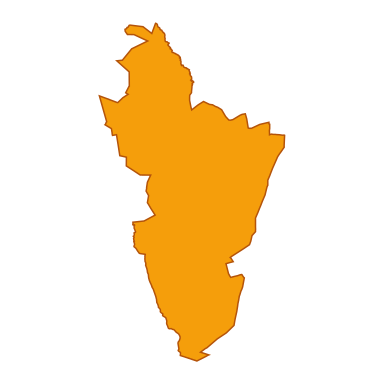 the district of Insiza, Matabeleland South, Zimbabwe
{"feature_id": "62879985B6112756891378", "entity_name": "Insiza", "entity_type": "district", "adm_level": 2, "iso_a3": "ZWE", "parent_name": "Zimbabwe", "parent_adm1": "Matabeleland South", "projection": "mercator", "projection_center": [29.319, -20.268], "detail": "fine", "context": "isolated", "style": "filled", "palette": "amber", "viewbox_px": 384, "rotation_deg": 0, "n_neighbors": 0, "source": "geoboundaries", "source_scale": "gbopen_adm2", "svg_char_len": 5701}
<svg xmlns="http://www.w3.org/2000/svg" viewBox="0 0 384 384"><path d="M105.1,124.8L108.2,126.7L108.4,126.8L111.4,128.6L112.2,133.4L112.1,133.7L112.5,135.4L116.5,134.7L118.1,144.7L119.8,155.7L125.2,156.9L126.4,157.2L126.3,165.9L140.2,175.0L150.7,175.1L147.4,182.2L146.6,187.5L146.7,188.0L146.1,191.1L148.6,195.6L147.4,202.7L148.2,203.9L150.9,208.5L155.1,215.1L144.1,221.0L132.9,222.2L133.0,223.6L132.8,224.4L133.1,225.0L133.5,225.0L133.8,224.7L134.4,224.8L134.6,225.0L134.5,225.5L134.1,226.0L134.2,228.4L134.9,229.9L134.9,230.0L135.2,230.8L135.6,231.8L135.5,232.2L135.2,232.5L134.5,232.6L134.2,232.7L134.1,233.1L134.3,234.2L134.2,235.1L134.0,235.8L133.8,236.0L133.3,236.3L133.4,236.5L133.7,236.7L133.9,237.0L134.1,237.6L133.6,238.3L133.6,238.8L133.8,239.7L134.3,241.1L133.8,241.2L133.8,241.5L134.4,243.3L134.6,244.2L134.5,244.9L134.0,246.1L134.0,246.6L134.1,246.8L134.8,247.3L136.0,248.4L137.6,251.0L139.3,253.3L140.3,253.6L145.2,254.3L145.3,254.5L145.0,255.5L144.9,256.0L145.0,257.5L144.9,258.2L144.9,259.1L145.1,261.6L145.2,261.8L145.5,262.1L145.9,264.1L145.6,265.1L145.8,265.7L145.9,266.0L146.8,268.5L146.9,269.0L147.3,270.7L147.4,272.1L148.0,273.7L148.3,274.1L148.4,275.1L148.5,276.5L148.7,278.0L149.4,280.5L150.2,282.5L151.1,284.4L152.0,286.6L151.9,286.8L152.5,287.9L153.2,289.0L155.8,296.5L156.5,299.3L156.8,302.4L157.9,304.6L158.5,306.9L158.4,307.2L159.8,308.8L160.3,309.5L160.4,310.3L160.3,311.6L160.4,311.9L161.3,312.8L162.8,313.9L162.8,314.3L162.6,315.1L162.6,315.3L163.0,316.0L165.1,317.2L165.4,317.5L165.6,317.6L165.8,317.8L166.8,320.9L166.7,322.1L166.6,323.2L166.8,324.2L167.4,325.5L168.2,327.7L168.3,328.0L168.6,328.4L169.2,328.7L170.1,328.8L170.9,328.6L171.3,328.6L172.3,329.3L173.8,329.6L174.4,330.1L175.5,331.4L176.3,332.3L177.7,333.2L178.7,334.0L179.0,334.5L179.1,334.8L179.4,335.1L180.1,336.9L180.1,337.9L180.0,338.6L179.9,339.0L179.7,339.3L179.4,340.5L178.3,341.9L178.0,343.0L178.0,343.3L178.1,344.1L178.8,348.4L178.9,349.0L178.2,350.3L178.2,350.5L178.5,351.0L180.1,352.2L180.5,352.8L180.5,353.2L180.4,354.2L180.3,355.5L196.9,361.0L206.5,356.1L207.8,355.3L208.8,354.9L200.5,352.2L205.3,348.6L206.9,347.8L217.4,338.8L226.3,332.9L234.0,325.4L235.0,319.6L235.7,316.3L236.7,311.9L237.6,306.2L237.9,303.7L238.6,300.4L239.3,296.2L239.8,294.9L240.9,291.2L241.8,289.3L242.6,287.0L244.3,277.9L243.6,277.2L242.7,275.9L241.9,274.6L241.6,274.5L240.1,274.8L237.6,275.7L234.1,276.5L230.7,277.4L229.7,275.8L228.5,273.6L226.0,263.7L229.7,262.6L233.2,261.7L231.1,258.4L230.2,257.5L231.9,256.2L242.8,249.2L249.5,244.7L250.8,241.1L252.0,235.6L255.5,231.7L255.5,229.9L255.6,229.4L255.5,227.2L255.5,218.0L257.8,212.7L259.6,208.1L259.7,207.9L260.6,205.8L262.3,201.4L265.0,195.1L266.9,187.3L267.3,186.2L267.8,185.3L267.8,180.2L269.8,175.5L270.3,174.1L272.6,168.2L276.1,160.3L277.6,156.8L279.4,154.0L281.1,151.7L284.2,147.2L284.1,146.0L284.6,135.3L284.2,135.1L282.6,135.2L279.0,134.7L276.7,134.6L275.3,134.4L273.3,134.4L271.3,134.1L269.5,134.8L269.5,133.4L269.4,130.6L269.7,128.6L269.7,124.2L269.0,123.9L268.9,122.3L259.9,124.4L259.4,124.6L252.6,127.8L251.5,128.3L249.2,128.3L248.3,128.1L248.1,127.4L246.7,118.8L245.3,113.8L242.0,114.4L240.0,115.3L232.9,119.6L230.4,120.2L228.8,120.0L225.6,116.5L221.6,109.7L217.7,107.3L215.3,106.4L212.6,104.8L209.5,104.4L203.5,101.5L198.1,104.9L191.7,109.9L191.0,107.4L189.6,100.4L189.6,97.8L189.7,95.2L191.5,92.7L191.5,91.7L191.9,87.5L192.0,85.4L192.3,85.2L192.4,84.9L192.4,84.4L192.6,84.0L192.5,83.8L192.1,83.8L192.1,83.5L192.3,83.1L193.2,82.4L193.6,82.4L193.7,82.0L193.5,81.7L193.1,81.2L192.3,80.7L192.0,80.7L191.9,81.0L192.0,81.1L191.7,81.2L191.4,81.0L191.1,80.6L191.1,80.3L190.8,80.1L191.0,79.9L191.7,79.2L191.7,78.9L191.6,78.2L191.6,77.5L191.5,77.4L191.5,77.0L191.4,76.6L190.8,76.0L190.6,75.9L190.4,75.7L190.3,75.3L190.2,74.6L190.1,74.4L189.6,74.0L189.6,73.8L189.6,73.6L189.9,73.2L190.2,73.1L190.1,72.9L189.8,72.8L189.7,72.7L189.8,72.2L189.8,71.9L189.4,71.3L189.3,71.0L189.1,70.6L189.0,70.2L189.3,69.8L189.2,69.7L188.4,69.3L188.0,69.1L187.6,68.7L187.3,68.5L187.2,68.5L186.9,68.6L186.7,68.6L186.4,68.1L186.3,67.9L186.2,67.9L184.6,67.5L184.3,67.4L183.7,66.8L183.2,65.5L182.9,65.1L182.7,65.1L181.9,65.5L181.7,65.6L181.5,65.4L181.4,65.1L181.3,64.9L181.2,64.2L180.8,63.8L180.8,63.3L181.0,62.7L180.9,61.9L181.0,61.7L180.8,60.8L180.4,60.5L180.2,60.3L180.2,60.1L180.3,59.9L180.6,59.7L180.6,59.1L180.1,58.5L180.2,58.0L179.7,57.8L179.8,57.7L180.1,57.6L180.2,57.4L180.0,57.1L179.9,56.9L179.4,56.5L179.2,56.1L178.7,55.6L178.5,55.3L178.0,55.0L177.4,54.9L177.2,54.6L176.8,54.3L176.1,54.0L175.7,53.9L175.4,53.8L175.3,53.5L174.6,53.3L173.2,52.5L172.8,52.4L172.3,52.5L172.1,52.2L172.1,51.9L171.9,51.7L171.9,51.4L172.0,50.9L172.2,50.5L171.9,50.2L171.4,49.3L171.1,49.1L170.4,48.9L170.2,48.8L170.2,48.5L170.5,47.9L170.3,47.5L169.1,46.4L168.1,45.3L167.9,45.0L167.9,44.7L168.9,43.6L169.1,43.3L169.1,43.1L168.8,42.9L168.3,42.9L168.0,42.7L167.7,42.5L167.4,42.0L167.2,41.9L165.8,41.7L165.5,41.4L165.2,41.1L165.0,39.9L165.0,39.3L165.1,38.3L165.0,38.0L164.7,37.3L164.7,36.9L164.9,35.5L164.7,34.1L163.7,32.7L163.3,32.6L163.0,32.3L162.8,31.9L162.1,31.0L161.8,30.4L161.7,30.2L161.1,30.0L160.3,29.7L160.0,29.2L159.9,28.4L159.5,27.8L157.9,26.8L157.7,26.3L157.5,25.6L157.5,25.1L157.2,24.3L156.7,23.8L156.2,23.5L155.3,23.1L155.1,23.0L155.5,23.4L151.8,33.5L143.0,26.7L130.0,25.1L129.1,25.4L128.3,26.8L127.8,27.3L127.0,27.5L126.6,28.6L125.0,29.3L125.2,31.3L127.4,34.5L134.0,34.6L147.7,41.0L131.7,48.8L122.4,60.2L116.8,60.8L129.2,71.9L129.3,86.0L129.2,86.0L125.7,92.8L128.1,94.3L122.9,97.7L117.8,102.6L117.1,102.5L108.6,99.3L108.6,99.2L107.9,99.0L99.4,95.9L106.7,121.8L106.4,122.1L106.2,122.4L105.8,123.4L105.5,124.2L105.4,124.6L105.1,124.8Z" fill="#f59e0b" stroke="#b45309" stroke-width="1.5"/></svg>